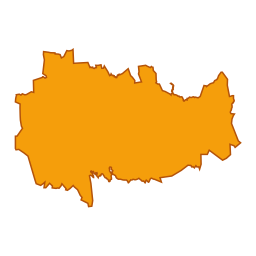 the district of Yécora, Sonora, Mexico
{"feature_id": "50627088B85218670408267", "entity_name": "Yécora", "entity_type": "district", "adm_level": 2, "iso_a3": "MEX", "parent_name": "Mexico", "parent_adm1": "Sonora", "projection": "equal_earth", "projection_center": [-108.893, 28.413], "detail": "fine", "context": "isolated", "style": "filled", "palette": "amber", "viewbox_px": 256, "rotation_deg": 0, "n_neighbors": 0, "source": "geoboundaries", "source_scale": "gbopen_adm2", "svg_char_len": 5596}
<svg xmlns="http://www.w3.org/2000/svg" viewBox="0 0 256 256"><path d="M222.3,72.2L221.1,72.2L218.6,75.6L217.7,78.2L216.8,79.6L214.7,80.6L213.5,82.7L210.3,83.7L206.5,86.6L206.0,85.7L205.2,85.8L204.0,85.5L200.2,96.5L198.1,97.8L195.2,97.1L194.9,97.2L194.5,97.5L194.3,97.4L194.0,97.0L193.6,96.8L192.9,96.9L191.4,97.5L190.6,97.4L189.5,97.1L188.3,98.4L187.5,98.6L187.2,98.4L186.9,99.0L187.1,99.5L187.1,99.8L187.1,100.0L185.9,99.7L185.7,99.7L185.5,99.8L184.8,100.4L184.4,101.0L183.7,101.0L183.5,100.9L183.3,100.5L183.4,99.3L183.1,99.0L182.8,98.7L182.6,97.8L182.3,97.5L181.9,96.8L181.0,96.8L180.2,96.9L179.6,96.9L179.4,96.8L179.1,96.1L178.8,96.0L178.5,96.2L177.8,96.1L177.5,95.9L177.3,95.5L176.8,95.2L176.3,95.1L175.9,94.8L174.9,94.7L174.3,94.8L173.9,94.7L173.6,93.9L173.1,93.6L172.3,91.2L172.3,90.7L173.3,89.2L173.1,88.4L173.6,85.6L173.1,84.8L171.1,83.2L170.6,83.4L171.7,84.4L172.8,84.9L173.2,85.5L172.8,86.7L172.6,88.4L172.8,89.0L172.7,89.3L172.3,89.5L172.1,89.7L171.8,90.3L171.8,90.8L171.7,91.3L171.8,91.4L172.0,92.0L172.5,92.7L172.7,93.0L172.7,93.3L172.6,93.6L172.1,93.6L171.9,93.7L171.4,93.7L171.1,93.9L170.9,94.3L170.9,94.9L169.7,93.9L165.2,91.5L162.4,90.6L159.4,84.1L157.7,84.0L155.9,82.8L156.6,81.8L156.2,80.0L156.0,73.5L153.3,70.5L153.0,67.3L151.8,67.0L151.3,66.5L150.3,67.6L147.4,66.3L145.7,65.3L138.5,66.4L139.0,71.7L138.5,73.9L141.5,81.9L134.7,83.0L134.8,80.5L132.4,77.3L130.6,75.6L128.2,68.7L122.4,73.6L120.8,74.3L120.4,74.6L120.0,74.5L119.8,74.6L119.5,74.3L119.2,74.2L119.0,74.3L119.0,74.5L118.6,75.2L118.3,74.9L118.2,74.9L118.1,75.2L118.0,75.3L117.5,75.2L117.1,76.3L116.7,77.6L115.9,77.6L115.6,76.8L114.4,76.9L114.2,76.8L114.1,76.5L114.0,76.0L114.1,75.7L113.5,75.6L113.3,75.4L113.1,75.3L112.3,75.6L111.1,73.8L110.5,75.3L110.1,75.3L109.7,75.6L108.8,73.9L108.6,73.1L108.3,72.9L107.9,71.8L104.3,66.0L103.5,68.2L101.8,68.3L101.0,64.8L98.0,65.4L95.8,65.3L96.4,67.6L96.1,67.7L95.7,67.6L95.2,67.7L94.8,68.0L94.6,68.4L94.3,68.5L93.4,68.2L93.1,68.1L92.7,67.2L92.4,67.4L92.1,67.3L91.6,67.6L91.0,67.2L90.5,67.4L90.2,67.0L89.9,67.3L87.9,62.5L73.6,63.3L73.0,49.4L71.8,50.3L68.9,51.0L66.8,50.6L63.8,56.6L61.4,57.9L60.1,54.6L58.3,54.1L55.1,53.9L55.0,52.9L50.4,52.7L48.7,52.3L43.6,51.6L43.4,54.6L44.4,59.9L42.8,73.6L46.1,75.8L46.5,77.4L45.1,78.1L43.1,76.7L42.6,76.8L42.4,77.4L33.4,80.4L33.7,92.4L31.3,91.8L26.3,94.6L24.8,94.8L22.3,93.8L20.9,95.1L19.3,94.2L16.4,94.7L16.5,94.9L15.7,98.5L15.4,101.9L20.1,104.0L20.0,107.8L20.2,115.8L20.4,120.1L21.4,126.1L22.5,128.3L17.1,136.1L15.4,136.2L15.4,148.4L16.0,149.8L18.8,149.4L23.8,152.8L28.0,156.1L35.1,180.3L36.2,183.7L40.7,185.4L43.6,183.3L44.8,182.2L44.0,187.7L45.8,187.7L49.6,183.3L52.4,185.9L52.2,187.9L56.1,188.4L57.4,188.0L59.1,188.2L61.0,185.9L61.9,183.8L66.1,188.7L65.7,189.8L67.4,190.3L69.9,188.6L73.2,185.5L74.2,186.8L77.6,189.7L80.3,195.4L82.0,197.4L81.1,199.9L87.9,203.3L88.6,206.6L91.8,206.2L92.7,200.6L90.9,183.4L89.5,176.0L89.5,175.6L89.8,175.5L90.6,175.2L91.0,175.3L92.6,176.5L93.1,177.3L93.4,177.5L93.6,177.5L93.4,175.7L92.8,174.9L92.7,174.0L92.4,173.5L92.4,173.1L92.3,172.9L92.1,172.9L91.9,173.0L91.5,172.8L91.2,172.3L90.9,172.1L90.7,171.7L90.8,171.3L91.0,171.1L91.3,171.0L91.5,171.0L92.3,171.9L93.4,171.5L93.5,171.7L94.2,173.4L94.8,173.7L95.0,174.1L95.3,174.4L95.5,173.9L95.6,173.2L95.7,172.9L95.9,172.7L96.3,173.0L96.9,172.7L97.1,173.2L97.2,173.7L97.0,174.1L96.7,174.5L96.7,175.5L97.1,176.4L97.4,176.7L97.9,177.1L98.2,177.6L98.4,177.0L98.7,176.6L99.0,176.4L99.8,175.5L100.1,175.4L100.5,175.7L100.6,175.2L101.1,175.0L101.0,174.7L101.4,174.1L102.0,173.7L102.7,174.0L103.2,174.5L103.4,175.1L104.0,175.8L104.2,176.4L105.0,177.5L105.3,177.8L106.4,178.0L106.5,178.5L106.8,178.8L107.7,179.2L108.0,179.5L108.4,180.2L108.6,181.0L108.8,181.5L109.1,181.6L109.5,181.6L110.0,181.2L110.2,179.8L110.6,179.5L110.8,179.5L111.4,179.3L111.5,179.1L111.4,177.5L111.1,176.2L111.2,175.5L111.6,174.9L111.8,173.9L111.2,173.4L110.6,172.6L110.4,172.0L110.1,171.8L109.8,171.2L109.6,171.0L109.5,170.0L109.6,169.1L109.4,168.9L109.3,168.5L109.4,168.4L109.3,167.9L109.8,167.1L110.0,167.0L111.0,167.2L111.3,167.4L111.5,167.9L111.5,168.1L111.2,168.7L111.3,169.3L112.8,170.6L112.8,171.0L112.1,171.6L112.0,171.9L112.7,174.2L112.9,174.4L113.3,174.4L115.2,175.5L115.6,175.9L115.9,176.9L116.4,177.8L116.8,178.2L118.3,179.2L120.4,179.2L123.2,180.0L126.6,180.1L127.0,180.4L127.8,181.7L128.3,182.8L128.5,182.8L130.5,180.3L130.7,179.9L131.0,180.0L132.0,180.0L133.0,179.3L134.5,179.6L134.9,179.8L136.1,179.6L138.2,178.8L138.8,178.3L139.1,178.4L140.2,179.5L140.8,179.8L141.1,180.1L141.3,180.5L141.7,180.9L142.3,181.1L143.1,181.2L143.7,181.0L144.3,181.7L144.6,182.3L145.1,182.8L145.4,182.3L145.7,181.2L146.1,180.2L146.3,180.1L146.5,180.3L147.9,181.7L148.4,182.2L148.6,182.2L149.0,181.8L150.2,179.0L151.0,178.3L151.6,178.2L153.4,179.1L154.6,179.3L161.4,182.1L160.0,177.7L171.8,176.0L181.2,170.4L188.0,165.2L188.7,165.3L190.7,165.4L191.1,165.6L191.5,166.7L191.8,167.0L192.2,167.0L193.0,166.6L194.4,167.9L195.9,165.7L196.8,166.9L198.8,166.9L199.6,169.2L201.1,164.2L200.9,154.4L207.3,154.4L209.2,150.2L222.6,160.2L226.4,158.3L230.5,154.6L230.0,144.3L234.0,145.7L235.1,147.4L240.6,142.8L238.3,140.9L231.5,123.5L232.0,119.0L233.3,115.7L234.4,114.0L232.3,113.8L231.0,113.6L230.5,112.8L230.3,112.2L230.6,111.1L231.2,110.3L231.2,109.8L231.5,109.3L231.5,108.4L232.0,107.7L232.1,105.9L231.8,104.9L232.0,103.8L232.7,102.9L233.0,103.0L233.1,102.9L233.2,102.5L233.4,102.5L233.7,101.8L233.7,101.4L234.2,101.0L234.2,100.8L234.0,99.9L233.8,99.7L233.8,99.4L233.5,98.6L233.5,95.7L232.2,95.7L230.6,96.3L229.5,96.5L227.3,85.3L227.5,79.3L222.3,72.2Z" fill="#f59e0b" stroke="#b45309" stroke-width="1.5"/></svg>